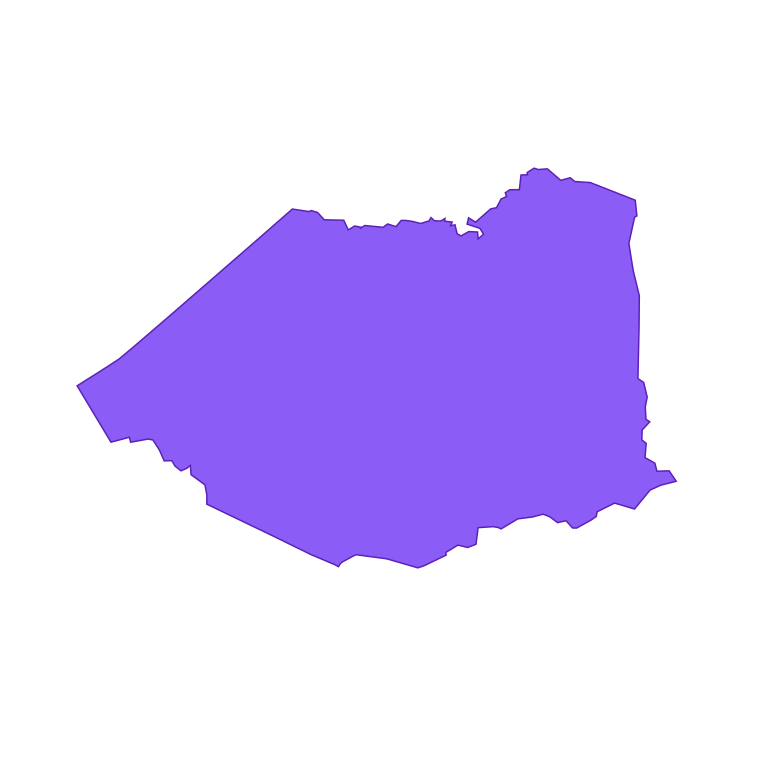 Moca, Puerto Rico, rotated 253°
{"feature_id": "32010507B73716222823884", "entity_name": "Moca", "entity_type": "district", "adm_level": 2, "iso_a3": "PRI", "parent_name": "Puerto Rico", "parent_adm1": "", "projection": "orthographic", "projection_center": [-67.079, 18.384], "detail": "fine", "context": "isolated", "style": "filled", "palette": "violet", "viewbox_px": 768, "rotation_deg": 253, "n_neighbors": 0, "source": "geoboundaries", "source_scale": "gbopen_adm2", "svg_char_len": 1826}
<svg xmlns="http://www.w3.org/2000/svg" viewBox="0 0 768 768"><g transform="rotate(253 384 384)"><path d="M578.1,347.5L559.1,305.2L511.9,199.1L492.1,153.9L485.4,138.0L480.7,121.8L472.0,90.0L408.2,105.9L407.5,124.9L402.4,124.7L400.3,142.4L398.0,146.7L386.6,149.9L374.8,151.3L372.7,158.7L366.7,160.1L360.3,164.5L361.1,171.1L362.6,174.3L362.8,175.0L353.6,173.0L339.9,183.3L329.3,182.1L320.9,179.4L271.3,233.2L242.3,264.2L225.7,284.0L222.6,287.1L224.8,289.5L226.0,292.1L226.1,292.5L228.6,305.0L228.9,307.4L216.4,334.7L215.7,336.0L198.3,362.6L198.4,368.8L202.2,393.4L204.9,393.9L208.3,407.6L203.2,416.3L203.8,425.1L219.1,432.0L215.7,446.5L213.5,451.1L211.2,453.6L215.9,472.5L213.4,487.1L213.0,498.1L208.6,503.7L200.7,509.4L200.0,518.1L191.2,522.2L189.9,526.1L193.3,542.2L195.3,548.3L199.5,550.4L202.7,569.7L191.2,587.0L204.8,607.5L206.3,618.9L205.6,635.0L217.6,631.3L220.8,619.5L229.1,619.9L237.3,612.1L250.6,617.4L255.2,614.2L264.5,617.4L270.2,627.1L273.6,624.2L285.6,627.1L294.6,631.9L309.6,632.8L314.9,628.4L363.7,644.5L393.9,654.0L418.4,655.4L425.0,656.2L446.9,659.3L470.2,672.4L470.8,675.0L486.3,678.0L510.9,647.0L516.3,640.2L521.9,625.6L526.8,622.4L527.1,612.6L542.0,603.1L544.0,594.2L546.5,590.7L544.4,582.7L542.2,582.4L543.8,576.1L530.3,570.3L533.0,561.1L531.4,555.9L527.4,556.0L526.7,550.1L519.7,543.1L520.3,537.3L512.0,518.9L518.2,513.5L512.6,510.2L504.8,521.2L498.1,523.0L495.3,516.5L502.0,517.9L505.0,509.6L503.1,501.0L506.2,497.9L515.5,498.4L515.9,493.9L518.9,496.5L522.0,489.6L524.4,490.7L523.3,485.7L525.4,479.9L529.4,477.6L526.8,474.8L526.8,465.9L531.2,458.7L534.2,452.3L535.4,448.3L531.0,441.5L536.0,434.2L534.1,429.0L541.2,411.9L539.9,407.1L540.9,407.3L543.7,402.1L541.8,394.9L552.4,393.4L558.5,374.9L567.5,370.6L571.1,365.2L570.9,362.6L578.1,347.5Z" fill="#8b5cf6" stroke="#5b21b6" stroke-width="1.5"/></g></svg>